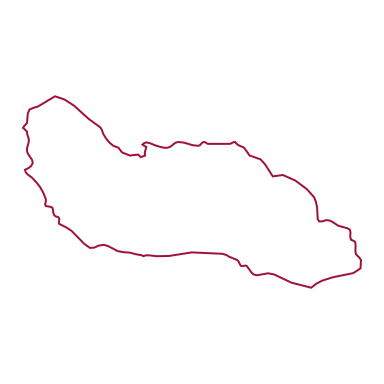 Guadalcanal, orthographic projection
{"feature_id": "SLB-1263", "entity_name": "Guadalcanal", "entity_type": "Province", "adm_level": 1, "iso_a3": "SLB", "parent_name": "Solomon Islands", "parent_adm1": "", "projection": "orthographic", "projection_center": [160.135, -9.592], "detail": "fine", "context": "isolated", "style": "outline", "palette": "rose", "viewbox_px": 384, "rotation_deg": 0, "n_neighbors": 0, "source": "natural_earth", "source_scale": "10m", "svg_char_len": 1994}
<svg xmlns="http://www.w3.org/2000/svg" viewBox="0 0 384 384"><path d="M142.5,144.6L144.3,143.0L146.7,142.4L150.2,143.3L156.5,145.8L162.0,147.3L164.9,147.8L167.9,147.7L170.5,146.6L175.3,142.8L178.0,142.0L183.9,142.6L192.7,145.2L197.9,145.8L199.8,145.3L202.1,142.8L203.6,142.0L205.1,142.2L207.4,143.7L209.0,143.9L229.6,143.9L230.7,143.6L233.5,142.2L235.2,142.0L235.6,142.7L236.8,143.9L238.4,145.2L244.0,147.6L249.6,155.5L260.6,159.4L265.1,164.4L272.8,176.4L282.9,175.0L295.4,180.6L306.9,189.2L314.0,197.1L315.9,201.8L317.1,207.5L317.7,219.1L319.1,221.4L322.1,221.4L326.4,220.1L329.9,220.6L332.7,222.1L338.4,225.8L347.5,228.3L349.8,229.6L350.5,232.4L350.2,236.3L350.9,239.7L354.4,241.2L355.3,242.5L355.6,245.6L355.4,251.5L356.0,254.2L357.5,255.9L359.3,257.5L361.0,260.1L360.5,268.4L353.3,273.1L332.7,277.3L322.0,280.7L316.2,283.8L311.2,287.7L291.5,282.7L274.0,274.4L268.0,273.3L256.8,275.3L253.3,274.3L250.9,271.8L248.9,268.8L246.5,265.8L245.3,265.6L242.1,266.1L240.9,265.8L240.2,264.8L238.4,261.3L237.1,260.0L229.1,256.7L226.8,255.2L222.5,253.8L191.8,252.4L168.7,256.0L156.5,256.2L148.9,255.3L145.9,255.3L143.4,256.2L141.6,255.2L135.7,254.2L129.7,252.6L123.6,252.2L117.7,251.1L108.3,246.2L104.0,244.8L98.7,245.6L94.3,247.6L89.9,247.9L84.2,243.8L71.5,230.8L66.6,227.6L59.1,223.8L58.8,222.6L59.3,219.4L59.1,218.1L58.0,217.0L55.7,216.4L54.3,215.3L53.3,212.9L53.0,210.0L52.4,207.7L50.5,206.8L45.9,206.1L45.1,204.4L45.8,201.9L45.8,199.0L43.3,192.8L40.1,187.1L36.1,182.0L31.7,177.4L27.6,174.4L25.8,172.4L25.0,169.8L28.6,168.0L31.2,165.9L32.7,163.0L32.2,160.1L28.3,154.4L27.1,151.8L27.0,148.5L28.9,141.2L28.6,138.3L27.3,134.6L27.0,131.6L24.1,128.7L23.0,127.9L24.2,126.1L27.0,123.0L27.8,113.5L29.5,109.5L33.6,107.8L37.8,106.6L55.0,96.3L64.5,99.5L74.2,105.8L88.9,119.1L100.1,127.2L101.8,129.6L103.1,133.6L106.0,138.4L109.7,142.8L113.3,145.8L118.3,147.6L122.2,152.5L129.9,155.5L138.3,154.6L140.8,157.2L145.0,155.6L144.8,152.5L146.3,147.1L142.5,144.6Z" fill="none" stroke="#9f1239" stroke-width="2"/></svg>